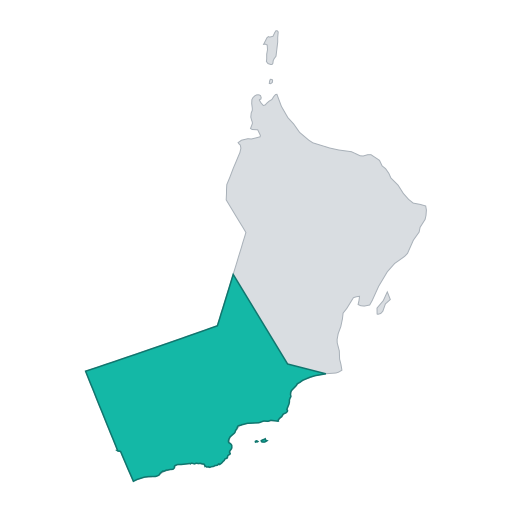 location of Dhofar within Oman
{"feature_id": "OMN-2411", "entity_name": "Dhofar", "entity_type": "Province", "adm_level": 1, "iso_a3": "OMN", "parent_name": "Oman", "parent_adm1": "", "projection": "albers", "projection_center": [54.841, 18.87], "detail": "fine", "context": "in_parent", "style": "filled", "palette": "teal", "viewbox_px": 512, "rotation_deg": 0, "n_neighbors": 0, "source": "natural_earth", "source_scale": "10m", "svg_char_len": 6106}
<svg xmlns="http://www.w3.org/2000/svg" viewBox="0 0 512 512"><path d="M133.2,481.0L130.5,474.8L127.9,468.7L125.3,462.5L122.6,456.4L120.8,452.1L117.7,450.5L115.8,446.0L113.9,441.3L112.0,436.6L110.1,432.0L108.2,427.3L106.3,422.6L104.4,418.0L102.5,413.3L100.6,408.6L98.7,403.9L96.8,399.3L95.0,394.6L93.1,389.9L91.2,385.2L89.3,380.6L87.5,375.9L85.6,371.2L91.8,369.1L99.4,366.6L107.0,364.0L114.6,361.5L122.2,358.9L129.7,356.3L137.3,353.7L144.9,351.1L152.4,348.5L160.0,345.9L167.5,343.3L175.1,340.6L182.6,338.0L190.1,335.4L197.7,332.7L205.2,330.1L212.7,327.4L217.3,325.7L219.3,319.5L220.9,314.4L222.4,309.3L224.0,304.1L225.6,299.0L227.2,293.8L228.8,288.7L230.4,283.5L231.9,278.4L233.5,273.2L235.1,268.1L236.7,262.9L238.2,257.8L239.8,252.6L241.4,247.5L242.9,242.3L244.5,237.2L245.9,232.5L243.2,227.9L239.5,221.9L235.6,215.5L232.0,209.5L229.4,205.2L226.2,199.9L226.5,193.2L226.5,189.8L226.8,184.6L229.8,177.4L233.3,168.2L235.9,162.1L238.1,156.8L239.9,152.6L240.9,148.2L240.3,145.1L239.1,144.0L238.1,142.6L241.5,140.2L247.9,138.7L251.4,139.0L256.3,137.8L260.1,136.8L260.4,135.4L259.3,133.1L257.7,129.8L252.2,129.5L250.5,128.5L252.4,123.6L252.3,122.0L251.6,120.2L250.8,117.1L251.2,113.0L252.3,110.3L252.3,108.1L251.7,103.6L251.9,99.6L253.0,97.6L255.0,95.7L256.9,94.8L258.9,94.8L260.5,95.6L261.2,97.7L260.8,99.2L259.7,99.4L259.3,100.0L260.9,102.8L263.3,105.5L265.1,105.0L267.1,102.9L269.2,101.1L271.9,99.5L273.8,96.5L275.5,94.6L276.9,94.3L281.4,106.4L287.9,117.7L293.6,123.9L299.6,132.4L308.7,140.1L312.8,142.8L329.6,148.0L338.8,150.0L351.4,151.7L360.2,155.8L363.2,156.0L367.7,154.7L371.0,154.7L379.5,160.4L382.1,165.9L385.6,168.7L388.8,173.3L390.9,178.0L398.1,185.2L403.3,193.4L408.6,199.4L413.2,203.1L420.2,204.4L425.7,206.0L426.4,210.1L426.0,215.4L425.1,219.4L420.1,227.3L419.1,232.1L413.4,240.1L407.5,253.4L404.6,256.4L394.6,263.5L387.3,271.8L378.7,286.2L372.2,300.5L369.7,305.0L364.2,306.1L360.6,305.7L358.1,304.5L359.0,300.6L359.5,296.3L356.2,296.8L353.4,297.7L346.8,308.4L343.1,313.1L342.4,319.0L340.8,326.6L338.2,333.6L337.1,339.5L337.2,342.8L339.3,350.9L339.6,359.2L340.9,364.2L341.9,370.2L338.7,372.1L336.0,373.0L325.1,373.8L314.1,375.9L304.5,379.5L298.7,383.0L291.3,390.8L286.9,410.5L279.6,418.8L274.6,420.6L262.5,421.4L245.6,423.8L239.6,425.8L229.8,437.8L229.0,441.6L230.9,444.3L231.6,447.3L230.7,450.1L226.2,457.7L221.3,463.2L208.3,466.7L203.5,464.6L199.2,463.6L190.8,463.5L177.0,464.7L171.9,468.8L164.0,471.6L156.6,476.0L142.7,477.6L133.2,481.0ZM272.9,63.3L272.1,64.4L270.8,64.5L268.0,63.6L266.4,61.5L266.7,58.9L266.7,54.2L267.5,49.7L267.2,45.0L265.1,44.1L263.6,44.4L267.0,37.7L268.4,36.6L269.7,37.1L273.0,36.3L274.7,32.7L276.0,30.7L277.4,30.9L278.2,32.0L277.7,37.5L277.7,42.1L276.0,56.2L274.2,58.6L273.2,60.6L272.9,63.3ZM380.7,313.5L377.9,314.3L377.1,314.0L377.0,308.1L383.3,300.6L387.3,291.9L390.3,299.5L385.4,303.9L382.8,311.3L380.7,313.5ZM272.3,82.5L270.6,83.7L269.3,83.5L269.6,81.1L270.3,79.3L272.1,79.5L272.6,80.5L272.3,82.5Z" fill="#d9dde1" stroke="#a8b0b8" stroke-width="1"/><path d="M85.9,372.0L85.6,371.2L90.5,369.6L98.1,367.1L105.6,364.5L113.2,362.0L120.7,359.4L128.3,356.8L135.8,354.3L143.3,351.7L150.8,349.1L158.4,346.5L165.9,343.9L173.4,341.3L180.9,338.7L188.4,336.0L195.9,333.4L203.3,330.8L210.8,328.1L217.4,325.8L218.8,321.3L219.1,320.4L219.9,317.8L221.1,313.7L222.8,308.5L224.7,302.3L226.8,295.4L229.1,288.0L231.4,280.4L233.2,274.5L233.8,275.4L287.6,364.0L325.9,373.8L315.4,375.6L310.0,377.2L302.6,380.3L299.8,382.4L297.9,383.4L296.9,384.2L296.5,385.2L296.1,385.7L291.5,390.5L290.7,392.2L290.5,394.4L290.8,395.9L290.9,396.4L290.7,397.0L290.1,397.9L289.9,398.7L289.5,399.6L289.4,400.1L289.4,402.0L289.0,404.0L286.8,409.4L287.5,410.3L287.4,411.3L286.7,412.2L285.9,412.9L284.0,413.7L283.0,414.3L281.7,416.7L281.4,417.0L280.8,417.2L280.5,417.4L278.4,419.7L278.3,420.0L278.4,421.1L277.9,421.2L271.0,420.3L270.1,420.5L268.8,421.1L267.8,421.3L264.0,421.0L263.1,421.2L260.3,422.3L258.6,422.8L247.3,423.3L242.9,424.5L241.9,424.6L241.5,424.7L241.3,424.9L241.1,425.1L240.8,425.3L240.0,425.3L238.5,425.7L238.1,425.9L237.5,426.7L236.9,428.5L236.5,429.3L235.8,430.0L235.6,430.4L235.0,432.3L234.8,432.6L234.2,433.3L230.1,436.8L228.9,439.1L228.6,440.0L228.4,441.1L228.6,442.3L229.1,442.9L230.6,443.8L231.4,444.7L231.8,445.6L231.8,447.8L231.5,448.7L229.7,451.1L229.6,451.5L229.5,452.2L229.6,452.8L229.9,453.0L230.2,453.2L230.2,453.5L230.0,454.1L229.8,454.4L228.6,455.0L228.2,455.3L227.9,455.6L227.7,456.0L227.6,456.8L227.1,457.6L227.3,457.8L226.9,458.3L225.5,458.7L224.8,459.1L224.6,459.5L224.4,460.2L224.0,460.7L223.5,461.0L221.6,463.1L219.7,464.5L219.4,464.5L218.9,463.8L218.4,464.1L217.9,464.8L217.4,465.2L216.7,465.3L216.0,465.5L215.4,465.6L214.8,465.5L214.1,466.2L213.2,466.5L211.4,466.7L209.9,467.3L209.2,467.3L208.7,466.7L208.2,467.0L207.4,466.9L206.9,467.1L205.4,466.1L205.0,466.4L204.7,465.5L204.5,464.7L204.0,464.1L202.1,463.8L200.9,463.4L200.3,463.3L199.8,463.3L198.9,463.5L198.4,463.6L196.8,463.2L196.2,463.2L195.7,463.4L194.8,463.8L194.5,463.9L192.4,463.3L191.3,463.2L190.4,463.9L190.0,463.6L189.6,463.5L181.3,464.5L177.8,464.5L177.0,464.7L175.0,465.6L174.6,466.0L174.4,466.4L174.4,466.8L174.5,467.1L174.5,467.5L174.4,467.9L173.8,468.4L173.6,468.7L173.1,469.2L172.0,469.4L170.0,469.5L167.3,470.1L166.4,470.1L165.6,470.4L164.7,470.9L163.8,471.3L163.0,471.0L162.2,471.6L161.0,472.5L160.0,473.5L159.6,474.4L159.2,474.9L158.4,475.4L156.8,476.1L155.4,476.5L148.2,476.6L144.5,477.1L137.2,479.4L133.4,481.3L130.7,475.0L127.9,468.7L125.2,462.3L122.5,456.0L120.9,452.1L120.4,451.4L119.6,451.2L118.0,451.1L117.3,450.6L117.6,450.6L116.3,447.2L114.5,442.7L112.7,438.2L110.8,433.7L109.0,429.2L107.1,424.6L105.3,420.1L103.5,415.6L101.7,411.1L99.8,406.6L98.0,402.1L96.2,397.6L94.4,393.0L92.6,388.5L90.7,384.0L88.9,379.5L87.1,375.0L85.9,372.0ZM265.2,438.8L265.3,439.5L265.8,440.1L266.4,440.5L267.0,440.7L265.6,441.6L264.9,441.9L264.2,442.1L262.2,442.0L261.6,441.7L261.2,440.7L262.3,440.0L264.0,439.4L265.2,438.8ZM255.5,442.1L255.3,441.7L255.5,441.2L256.1,441.0L256.7,440.8L257.6,441.3L257.9,441.5L257.3,441.9L255.9,441.9L255.5,442.1L255.5,442.1Z" fill="#14b8a6" stroke="#0f766e" stroke-width="1.5"/></svg>